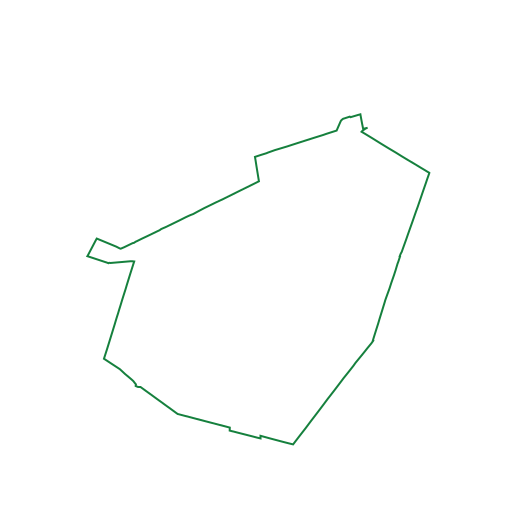 the district of Lovrin, Timis, Romania, rotated 302°
{"feature_id": "2599482B37768504608814", "entity_name": "Lovrin", "entity_type": "district", "adm_level": 2, "iso_a3": "ROU", "parent_name": "Romania", "parent_adm1": "Timis", "projection": "robinson", "projection_center": [20.769, 45.969], "detail": "fine", "context": "isolated", "style": "outline", "palette": "green", "viewbox_px": 512, "rotation_deg": 302, "n_neighbors": 0, "source": "geoboundaries", "source_scale": "gbopen_adm2", "svg_char_len": 2707}
<svg xmlns="http://www.w3.org/2000/svg" viewBox="0 0 512 512"><g transform="rotate(302 256 256)"><path d="M417.8,324.2L417.8,319.9L417.6,310.9L417.5,301.8L417.5,292.2L417.4,283.8L417.3,279.7L418.5,279.9L420.1,280.5L421.9,281.3L423.1,282.0L423.9,282.7L420.6,279.5L424.4,275.9L427.1,273.4L431.5,269.4L427.3,265.7L423.8,262.6L423.9,261.7L420.8,259.1L419.7,258.2L418.6,257.2L417.9,256.9L417.5,256.8L417.2,256.7L416.6,256.5L416.0,256.4L415.3,256.4L414.5,256.5L408.4,257.4L405.1,257.9L397.2,251.2L394.2,248.8L387.0,242.6L379.0,235.8L369.3,227.6L365.7,224.6L360.0,219.6L355.8,215.9L350.0,211.3L348.7,210.4L344.3,206.6L339.5,202.6L336.7,205.1L332.3,208.9L320.9,218.9L316.0,215.9L303.4,208.1L288.1,198.7L287.1,198.1L280.5,193.8L271.2,188.0L269.3,186.8L266.9,185.4L262.4,182.8L258.3,180.5L256.2,178.9L254.3,177.6L251.7,175.9L245.6,172.2L241.6,169.7L232.2,163.8L231.8,163.5L230.8,162.8L228.6,161.3L226.8,160.6L224.8,159.3L215.9,153.7L210.3,150.1L205.1,146.9L204.6,146.5L203.1,145.8L202.4,145.5L201.6,144.6L193.5,139.5L190.5,137.4L190.2,136.3L189.9,132.6L186.4,111.7L184.4,111.8L167.2,113.1L166.5,113.1L169.1,123.7L171.1,131.9L171.3,132.6L171.7,134.7L172.3,135.0L172.6,135.4L172.9,136.2L178.6,143.8L185.0,152.3L186.0,153.9L186.8,155.6L184.0,156.3L174.3,158.8L163.3,161.7L158.6,163.0L153.5,164.3L147.7,165.8L142.2,167.3L137.6,168.5L134.0,169.5L130.4,170.4L126.3,171.5L123.1,172.4L115.2,174.5L106.5,176.8L97.8,179.1L89.9,181.1L88.3,181.5L88.2,186.4L88.1,190.1L88.0,194.9L87.9,199.7L87.9,200.4L87.3,203.6L86.5,207.7L85.9,212.2L85.3,216.2L84.9,218.3L84.1,220.4L83.9,221.0L83.5,222.2L82.0,222.8L82.0,223.0L82.4,225.3L83.7,227.5L80.5,273.3L96.6,324.7L94.0,326.2L94.6,328.2L95.3,330.2L96.5,334.1L99.1,342.2L101.4,349.4L102.6,353.3L103.7,356.5L105.9,355.1L107.1,359.1L108.5,363.8L110.1,369.0L111.8,374.5L113.2,379.0L114.7,383.7L115.9,387.3L119.2,387.6L127.5,388.4L136.1,389.3L143.2,389.9L145.6,390.1L156.1,391.1L165.1,391.9L172.5,392.5L183.1,393.6L189.6,394.2L195.2,394.7L198.8,395.0L206.3,395.9L210.9,396.4L214.6,396.8L216.5,396.9L218.2,397.0L221.2,397.4L223.6,397.7L229.0,398.4L233.2,398.9L236.8,399.3L241.4,399.9L242.8,400.1L245.7,400.3L246.0,400.3L245.9,400.0L248.8,399.2L257.2,397.0L263.1,395.5L268.5,394.0L276.1,392.0L285.1,389.6L286.8,389.1L289.9,388.4L299.3,386.4L304.8,385.0L313.2,383.1L315.5,382.5L317.6,382.0L321.2,381.0L324.5,380.1L326.6,379.7L331.5,378.5L331.4,378.3L331.5,378.1L334.6,377.5L336.7,377.4L340.3,376.6L350.0,374.5L354.8,373.4L360.2,372.2L368.4,370.4L378.5,368.1L383.3,367.1L393.2,364.8L397.4,363.8L401.3,362.9L408.3,361.3L411.6,360.5L417.9,359.1L418.4,358.9L418.3,356.1L418.3,354.0L418.2,349.2L418.1,341.8L417.9,334.0L417.8,326.6L417.8,324.2Z" fill="none" stroke="#15803d" stroke-width="2"/></g></svg>